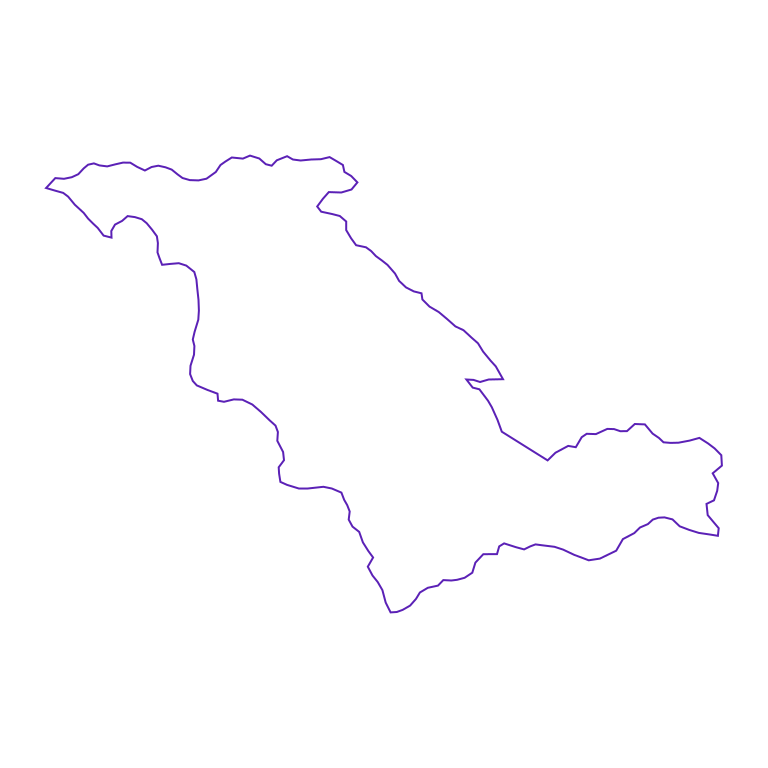 Coronel Macedo, São Paulo, Brazil
{"feature_id": "56859067B35936391886088", "entity_name": "Coronel Macedo", "entity_type": "district", "adm_level": 2, "iso_a3": "BRA", "parent_name": "Brazil", "parent_adm1": "São Paulo", "projection": "orthographic", "projection_center": [-49.312, -23.631], "detail": "fine", "context": "isolated", "style": "outline", "palette": "violet", "viewbox_px": 768, "rotation_deg": 0, "n_neighbors": 0, "source": "geoboundaries", "source_scale": "gbopen_adm2", "svg_char_len": 3038}
<svg xmlns="http://www.w3.org/2000/svg" viewBox="0 0 768 768"><path d="M329.6,157.1L320.9,159.2L311.3,159.5L300.6,160.5L292.9,159.5L287.1,156.2L276.8,160.3L271.7,165.7L265.8,164.2L259.3,158.5L250.0,155.6L242.9,158.6L231.8,157.5L225.3,161.6L220.5,165.0L215.8,172.0L206.5,178.7L198.5,180.4L189.8,180.1L182.5,178.0L177.6,174.4L171.7,169.6L165.5,167.3L158.3,165.7L151.6,167.0L144.9,170.5L137.2,166.9L130.3,162.7L123.0,162.6L115.5,164.3L107.2,166.4L99.4,165.4L93.9,163.4L88.1,164.7L83.7,168.4L78.3,174.2L71.8,177.2L64.0,178.8L55.3,178.1L46.1,188.0L55.3,190.7L63.2,192.9L68.1,196.6L74.8,204.7L83.7,212.9L88.1,218.6L93.1,223.6L97.7,227.9L103.6,235.6L111.5,237.6L111.3,231.0L115.0,224.6L122.1,220.9L127.6,216.1L134.9,217.1L141.8,219.2L146.7,223.2L152.0,229.6L156.9,236.3L157.9,243.1L157.5,252.4L159.5,258.1L162.1,264.8L170.5,263.9L178.8,263.2L186.3,265.6L194.3,272.0L196.4,279.4L197.3,288.8L198.5,299.9L198.9,310.6L198.3,319.7L194.6,331.8L192.8,339.5L194.4,346.0L194.0,354.7L190.5,365.8L190.1,374.1L192.8,381.0L196.8,385.4L207.6,390.0L217.5,393.7L218.1,400.7L224.0,401.8L233.8,399.4L242.4,399.7L252.3,404.5L260.9,411.9L269.6,420.3L275.5,425.6L277.9,432.0L277.3,440.8L283.1,452.0L284.0,460.2L278.7,467.3L279.1,473.7L280.4,481.9L287.1,484.9L298.8,488.5L307.8,488.5L317.0,487.5L323.4,486.8L331.8,488.5L341.4,492.6L344.2,499.9L347.2,505.1L349.7,511.5L348.7,519.6L352.5,526.6L359.2,531.9L362.9,542.4L368.4,551.1L373.1,557.5L367.8,566.7L372.5,575.5L377.7,582.0L382.4,590.1L385.7,602.6L390.6,612.4L396.8,612.0L402.6,609.9L410.1,605.6L416.0,598.9L419.9,592.5L427.8,587.8L438.0,585.6L443.3,580.1L451.4,580.5L457.1,579.8L464.6,577.8L472.3,572.7L475.4,562.6L483.3,554.2L497.0,554.1L499.2,546.4L504.1,543.4L516.0,547.2L524.1,549.4L530.2,546.4L535.5,544.4L541.5,545.2L554.5,546.8L563.1,549.6L574.3,554.9L583.2,558.2L588.7,560.3L599.9,558.6L616.2,550.7L622.9,539.1L634.3,533.1L640.0,527.5L647.9,524.1L652.8,519.6L658.5,517.7L664.5,517.4L672.5,519.4L679.7,526.3L689.2,529.9L698.8,532.9L709.8,534.5L717.9,535.8L718.7,528.2L713.8,522.4L707.7,515.1L706.5,503.9L714.0,500.3L717.2,490.8L718.2,483.1L712.7,473.3L721.9,465.6L721.3,455.2L714.6,448.4L708.0,443.4L699.4,437.9L689.6,440.6L678.5,442.7L670.6,442.9L663.5,442.3L659.0,438.0L652.6,433.6L644.9,424.4L634.8,424.0L627.0,431.1L620.3,431.2L614.1,429.1L607.3,428.9L595.9,434.1L586.7,433.8L581.7,437.2L575.8,447.2L568.2,445.9L562.4,449.0L555.5,452.7L547.6,460.4L501.8,431.7L497.5,419.9L491.8,407.2L488.0,400.7L479.4,389.3L472.7,387.6L466.4,379.5L473.5,379.9L480.0,382.0L488.7,379.5L503.0,379.2L495.8,366.4L490.6,360.7L483.1,351.6L478.0,343.3L471.4,337.5L463.5,330.2L455.4,326.4L447.4,319.3L438.7,312.0L429.5,306.6L422.4,299.5L421.5,293.3L413.8,291.4L406.0,287.4L399.1,280.9L395.0,273.5L387.5,264.9L381.8,260.4L375.9,256.1L371.2,251.1L366.0,247.3L356.1,245.2L351.1,238.3L346.2,230.1L346.2,221.5L339.8,216.0L332.0,214.0L321.2,211.7L317.2,206.5L322.9,198.8L328.8,192.1L341.3,192.5L351.5,189.5L357.4,182.4L351.2,176.0L344.4,171.9L342.9,165.0L336.1,160.9L329.6,157.1Z" fill="none" stroke="#5b21b6" stroke-width="2"/></svg>